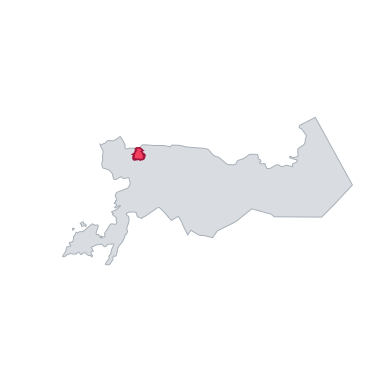 Guzar, Kashkadarya, Uzbekistan (highlighted), rotated 149°
{"feature_id": "79887680B36641058684147", "entity_name": "Guzar", "entity_type": "district", "adm_level": 2, "iso_a3": "UZB", "parent_name": "Uzbekistan", "parent_adm1": "Kashkadarya", "projection": "natural_earth1", "projection_center": [66.156, 38.52], "detail": "fine", "context": "in_parent", "style": "filled", "palette": "rose", "viewbox_px": 384, "rotation_deg": 149, "n_neighbors": 0, "source": "geoboundaries", "source_scale": "gbopen_adm2", "svg_char_len": 5535}
<svg xmlns="http://www.w3.org/2000/svg" viewBox="0 0 384 384"><g transform="rotate(149 192 192)"><path d="M294.9,174.6L300.2,172.2L303.2,173.9L303.4,174.8L300.2,176.6L297.3,177.5L296.4,179.8L293.6,180.8L290.7,184.0L286.1,187.2L286.1,187.9L286.5,188.4L288.0,188.8L291.0,190.6L294.0,189.6L294.7,189.8L295.5,190.8L296.3,193.7L297.6,194.5L301.9,196.1L305.0,196.1L306.6,196.7L306.9,196.4L307.0,192.1L308.3,192.8L309.8,192.2L310.3,190.1L310.0,188.7L311.0,187.9L311.6,188.4L311.6,189.7L313.2,190.6L314.3,192.7L314.7,195.2L317.7,195.8L318.7,195.3L319.5,195.6L320.0,198.7L320.4,199.0L323.0,198.4L325.4,199.7L328.0,202.0L330.9,202.2L331.5,202.6L333.6,202.2L336.0,202.9L336.1,203.3L335.7,203.8L330.0,206.7L328.5,208.7L327.2,209.3L323.8,208.2L323.3,209.4L323.9,210.6L323.1,211.9L321.4,211.4L321.0,210.8L319.3,211.1L317.4,213.2L316.4,214.9L314.6,215.4L312.0,217.2L311.0,215.8L309.1,216.0L306.7,214.6L305.5,214.3L294.5,216.1L293.6,215.9L292.4,213.5L289.7,212.3L289.8,211.1L295.3,206.3L296.0,204.8L294.1,203.9L294.4,202.7L290.7,198.8L290.0,198.5L289.5,198.7L288.2,201.6L278.5,206.5L277.1,206.0L274.9,204.2L273.5,203.6L271.7,205.1L271.8,207.0L270.0,208.4L271.7,213.5L271.6,214.1L270.3,214.3L271.3,216.2L270.5,216.4L265.8,215.7L260.4,216.9L260.6,217.7L265.4,217.5L266.1,217.9L266.2,218.5L265.9,218.9L263.4,219.3L263.1,220.1L264.5,222.3L263.9,222.8L262.9,222.4L262.2,223.9L260.6,223.8L259.8,228.1L258.4,229.6L256.6,230.4L245.1,228.4L242.1,229.7L240.2,231.7L238.9,236.4L239.0,237.0L244.0,238.8L244.8,241.7L250.7,241.9L251.7,242.4L252.2,243.1L252.5,243.9L250.8,248.6L251.5,252.7L252.5,254.6L256.0,258.3L255.9,260.3L255.1,262.0L254.1,263.6L253.0,264.3L251.6,266.2L250.3,268.7L247.8,271.8L247.0,273.6L246.7,278.8L246.1,280.3L245.9,279.7L245.0,279.1L242.4,279.0L241.9,278.3L238.6,279.5L236.4,279.0L234.3,276.8L230.1,276.1L224.9,276.6L224.7,271.2L225.0,267.3L226.7,264.2L226.7,263.6L225.8,262.5L222.7,261.7L219.0,259.2L215.5,257.6L213.6,257.0L211.4,257.9L209.5,257.7L200.4,251.3L192.7,246.7L187.4,242.0L184.9,242.5L178.2,238.1L173.8,233.6L159.5,223.4L156.7,220.9L156.0,219.6L155.0,213.4L153.7,210.5L151.9,209.0L150.4,206.0L148.1,198.6L147.3,197.3L143.0,194.2L140.5,193.5L138.7,194.0L137.7,195.2L136.2,195.3L129.9,194.0L123.0,194.6L117.0,190.8L116.6,190.3L116.6,189.2L117.9,186.7L117.6,185.7L116.9,184.5L116.9,183.3L117.5,182.6L118.6,182.8L119.0,182.3L118.9,181.7L117.5,180.1L114.8,178.8L115.3,177.8L115.5,175.4L115.9,174.2L115.6,173.7L113.5,172.0L106.7,171.9L105.1,171.4L103.8,170.7L102.6,168.1L102.0,167.4L97.3,166.4L92.6,161.8L91.6,163.9L90.7,164.3L87.1,163.7L85.2,165.0L89.5,169.6L90.5,171.0L90.4,171.9L89.1,172.0L88.0,169.8L87.3,169.2L83.1,167.9L81.7,169.4L81.2,171.1L79.3,174.2L77.2,174.7L72.1,174.9L70.5,175.6L69.5,176.4L67.4,179.1L64.9,181.2L65.5,189.8L67.1,191.9L65.4,193.7L47.9,192.5L50.9,115.4L75.9,108.2L93.8,103.7L133.6,128.0L134.5,128.9L135.0,131.0L136.0,132.7L149.5,146.8L169.8,144.0L190.3,145.6L197.9,142.2L204.0,148.4L207.7,150.7L212.8,159.8L217.8,157.4L216.9,168.3L216.3,171.6L216.2,178.1L224.4,178.3L226.2,188.8L228.0,195.5L229.7,196.3L245.2,195.3L246.4,195.8L248.6,195.1L250.0,197.2L251.6,198.7L250.5,203.3L252.4,205.1L256.7,207.3L259.4,207.2L259.8,206.4L259.7,205.4L259.1,204.2L259.1,202.9L259.5,201.9L262.0,198.4L266.2,194.9L267.1,193.7L267.5,191.5L268.9,190.3L272.5,188.9L273.1,187.8L277.4,185.1L282.4,183.4L284.6,182.0L286.8,179.3L289.9,176.5L291.1,176.5L292.0,177.4L292.7,177.4L294.9,174.6ZM294.2,200.6L293.6,199.2L292.9,198.7L292.5,199.0L293.7,200.7L294.2,200.6ZM303.9,222.7L300.7,222.6L301.2,220.5L300.0,219.6L299.7,218.5L300.0,217.6L300.8,217.2L301.8,218.7L304.3,219.4L303.5,220.8L304.1,222.4L303.9,222.7ZM313.8,220.5L313.2,222.4L311.7,221.5L311.9,221.1L313.8,220.5Z" fill="#d9dde1" stroke="#a8b0b8" stroke-width="1"/><path d="M213.9,256.8L214.3,256.8L214.6,256.9L215.0,257.2L215.3,257.6L215.6,257.8L215.9,257.9L216.0,257.9L216.4,257.9L216.6,258.0L216.8,258.2L216.9,258.3L217.0,258.1L217.4,257.9L217.8,258.0L218.0,257.9L218.2,257.7L218.5,257.9L218.6,257.6L218.4,257.5L218.3,257.2L218.6,257.0L218.9,256.7L218.6,256.4L218.5,256.1L219.2,256.1L219.5,255.9L220.0,255.9L220.1,255.6L220.5,255.5L220.9,255.1L221.2,254.6L221.7,254.6L222.2,254.7L222.4,255.0L222.7,254.6L222.9,254.8L223.5,254.8L222.7,254.0L222.6,253.8L223.0,253.6L223.0,253.3L222.7,253.3L223.0,252.9L223.4,252.8L224.1,252.9L224.4,252.6L224.1,252.5L224.4,252.3L224.1,252.1L224.3,252.0L224.1,251.8L224.1,251.6L224.4,251.4L224.4,251.1L224.6,251.1L224.8,250.9L225.0,251.1L225.3,251.1L225.5,250.9L225.5,250.6L225.2,250.3L225.3,249.6L224.8,249.4L224.8,249.0L224.5,248.9L224.1,249.2L224.1,249.5L223.8,249.0L223.7,249.2L223.2,249.4L223.0,249.1L222.8,249.0L222.7,248.7L222.6,248.3L222.4,248.3L222.1,247.8L221.9,247.8L221.7,248.0L221.3,247.9L220.7,247.7L220.6,247.2L220.5,246.7L220.2,246.4L220.0,246.5L219.9,246.1L219.7,246.2L219.4,246.2L219.0,246.1L218.8,246.1L218.5,245.8L218.6,245.7L218.2,245.5L217.8,245.3L217.6,245.2L217.3,245.2L217.2,245.3L216.7,245.3L216.3,245.2L216.2,245.4L216.3,245.8L216.2,245.9L216.1,245.7L215.8,245.8L215.6,245.8L215.5,246.0L216.0,246.2L216.1,246.4L215.8,246.5L215.4,246.5L215.1,246.4L215.0,246.0L214.7,246.2L214.9,246.4L215.0,246.7L214.5,247.1L213.9,247.4L214.2,247.8L214.6,248.0L214.9,248.3L214.7,248.6L214.1,248.4L213.8,248.5L213.4,248.3L213.5,248.6L213.5,248.9L213.8,248.8L214.0,249.2L214.3,249.6L213.7,249.6L213.9,250.2L214.2,250.6L214.3,251.9L214.5,252.4L214.7,252.7L213.1,252.9L212.6,252.8L212.9,253.5L213.0,254.1L213.0,254.6L213.3,255.2L213.5,255.6L213.7,255.9L213.8,256.6L213.9,256.8Z" fill="#f43f5e" stroke="#9f1239" stroke-width="1.5"/></g></svg>